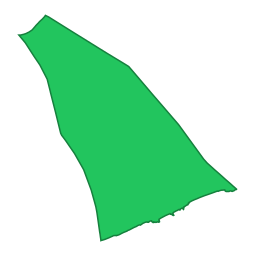 outline of Sayhut, Al Mahrah, Yemen
{"feature_id": "15242507B57333459501301", "entity_name": "Sayhut", "entity_type": "district", "adm_level": 2, "iso_a3": "YEM", "parent_name": "Yemen", "parent_adm1": "Al Mahrah", "projection": "robinson", "projection_center": [51.308, 15.527], "detail": "fine", "context": "isolated", "style": "filled", "palette": "green", "viewbox_px": 256, "rotation_deg": 0, "n_neighbors": 0, "source": "geoboundaries", "source_scale": "gbopen_adm2", "svg_char_len": 3257}
<svg xmlns="http://www.w3.org/2000/svg" viewBox="0 0 256 256"><path d="M18.9,35.1L25.3,42.8L34.2,56.6L39.9,65.0L45.1,75.1L47.2,79.2L50.3,91.5L50.5,92.5L55.5,112.1L60.7,133.3L61.8,135.5L63.5,137.7L65.5,140.4L74.5,153.5L83.2,168.8L83.8,170.0L91.2,190.0L94.3,201.1L95.9,207.0L96.9,212.4L97.1,213.8L98.1,220.8L99.6,231.5L99.7,232.2L100.0,233.8L100.5,237.5L100.7,238.7L100.8,239.6L100.9,240.3L100.9,240.6L101.5,240.4L103.3,239.9L104.9,239.4L108.9,237.8L110.6,237.0L112.5,236.2L113.6,235.6L114.2,235.5L114.6,235.6L115.4,235.6L115.8,235.4L116.4,235.4L116.5,235.6L118.7,234.9L119.6,234.5L121.8,233.3L123.1,232.7L123.6,232.4L124.7,232.0L126.8,231.2L127.3,230.9L128.1,230.3L129.2,230.0L130.7,229.2L134.1,227.4L136.3,226.5L136.9,226.2L137.6,225.6L139.8,224.8L140.1,225.0L140.4,225.1L141.9,224.1L142.6,223.5L143.4,223.1L144.4,222.7L145.0,222.4L145.3,222.3L146.0,222.1L146.3,222.0L146.7,222.1L146.9,222.1L147.2,222.0L147.5,222.2L148.0,222.3L148.7,222.2L148.8,221.9L149.4,221.5L150.3,221.0L151.0,220.9L151.3,221.0L151.6,220.9L151.8,221.3L151.8,221.6L152.2,221.9L152.8,222.3L153.0,222.5L153.5,222.5L153.8,222.1L153.8,221.9L154.1,221.9L154.4,222.3L155.2,222.4L155.4,222.2L155.9,222.2L156.4,222.2L156.7,222.3L157.0,222.0L157.3,221.8L157.8,221.9L158.4,222.2L159.3,222.0L159.5,221.8L159.5,221.5L159.4,221.1L159.2,221.0L159.2,220.6L158.9,220.2L159.1,219.9L159.0,219.6L159.0,219.3L161.0,218.0L162.7,217.1L165.5,215.6L168.0,214.5L169.5,213.9L169.9,213.6L170.2,213.7L170.0,213.9L170.4,214.2L170.7,214.1L171.2,214.4L171.6,214.4L172.1,214.7L172.5,215.0L173.0,215.4L173.4,215.5L173.8,215.3L173.7,215.1L173.5,214.7L173.4,214.5L173.1,214.4L173.2,214.1L173.1,213.8L173.0,213.5L172.8,213.3L173.2,212.7L173.8,212.2L174.6,211.8L176.5,210.7L176.8,210.7L178.1,210.0L178.8,209.5L179.1,209.5L179.1,209.8L179.5,210.0L180.0,210.0L180.1,209.7L180.3,209.4L180.5,209.0L182.1,208.1L182.4,208.3L182.6,208.4L182.7,208.7L183.1,209.0L183.5,209.4L183.7,209.0L183.6,208.6L183.7,208.3L183.7,207.9L183.9,207.6L183.6,207.3L183.8,207.0L184.2,206.7L184.7,206.5L186.3,205.4L187.0,205.0L187.6,204.9L187.6,204.6L187.9,204.6L188.1,204.3L188.1,204.0L188.2,203.9L188.5,203.7L188.5,203.4L188.5,203.2L188.9,203.2L189.1,202.9L189.1,202.4L190.3,201.8L191.6,201.0L194.7,199.6L196.8,198.8L199.5,197.6L204.4,195.7L208.8,194.2L212.2,193.0L217.4,191.1L218.1,191.3L219.9,190.6L221.4,190.2L223.2,190.1L224.7,189.9L224.8,190.3L225.3,191.1L226.1,191.5L227.7,191.5L227.9,191.5L229.0,191.5L230.0,191.0L230.7,190.9L232.1,191.4L232.7,191.2L232.9,191.1L233.2,191.0L233.9,190.8L234.9,190.0L235.6,189.6L236.3,189.4L237.0,189.6L235.7,188.4L234.9,187.7L233.8,186.7L233.4,186.4L231.1,184.3L225.7,179.6L223.8,177.9L221.7,176.0L221.0,175.4L220.8,175.2L215.1,170.2L207.2,163.1L203.7,159.2L194.4,146.4L178.7,124.8L172.7,117.8L152.0,93.8L147.5,88.5L144.0,84.4L133.6,72.2L128.7,66.5L126.6,65.2L106.2,52.8L97.5,47.4L74.0,32.8L48.7,17.0L45.4,15.4L44.9,16.2L44.2,17.1L43.5,17.8L42.7,18.7L42.0,19.4L41.3,20.0L40.3,20.9L39.6,21.6L38.9,22.3L38.4,23.0L37.6,23.7L37.0,24.4L36.2,25.2L35.5,26.0L34.9,26.8L34.2,27.5L33.7,28.2L33.1,28.8L32.4,29.7L31.5,30.4L30.6,31.0L29.4,31.8L28.6,32.3L27.6,32.7L26.7,33.2L25.6,33.7L24.6,34.0L23.7,34.3L22.8,34.5L21.9,34.7L21.1,35.0L20.0,35.0L19.2,35.1L18.9,35.1Z" fill="#22c55e" stroke="#15803d" stroke-width="1.5"/></svg>